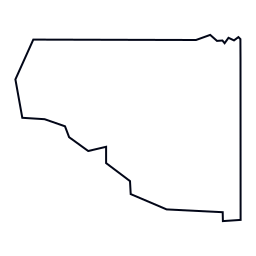 Gilpin, Colorado, United States of America (orthographic projection)
{"feature_id": "52423323B33971175685434", "entity_name": "Gilpin", "entity_type": "district", "adm_level": 2, "iso_a3": "USA", "parent_name": "United States of America", "parent_adm1": "Colorado", "projection": "orthographic", "projection_center": [-105.517, 39.842], "detail": "fine", "context": "isolated", "style": "outline", "palette": "ink", "viewbox_px": 256, "rotation_deg": 0, "n_neighbors": 0, "source": "geoboundaries", "source_scale": "gbopen_adm2", "svg_char_len": 419}
<svg xmlns="http://www.w3.org/2000/svg" viewBox="0 0 256 256"><path d="M22.3,117.8L44.6,119.2L65.0,126.3L69.1,137.2L88.2,151.0L106.1,146.8L106.1,163.1L130.0,181.1L130.7,194.1L166.6,209.4L222.7,212.2L222.9,221.1L240.6,219.9L240.5,58.7L240.4,39.1L238.4,37.1L234.0,40.4L228.5,37.8L224.6,43.2L222.4,40.5L217.0,40.9L210.2,34.9L196.0,40.0L33.3,39.6L15.4,79.4L22.3,117.8Z" fill="none" stroke="#020617" stroke-width="2"/></svg>